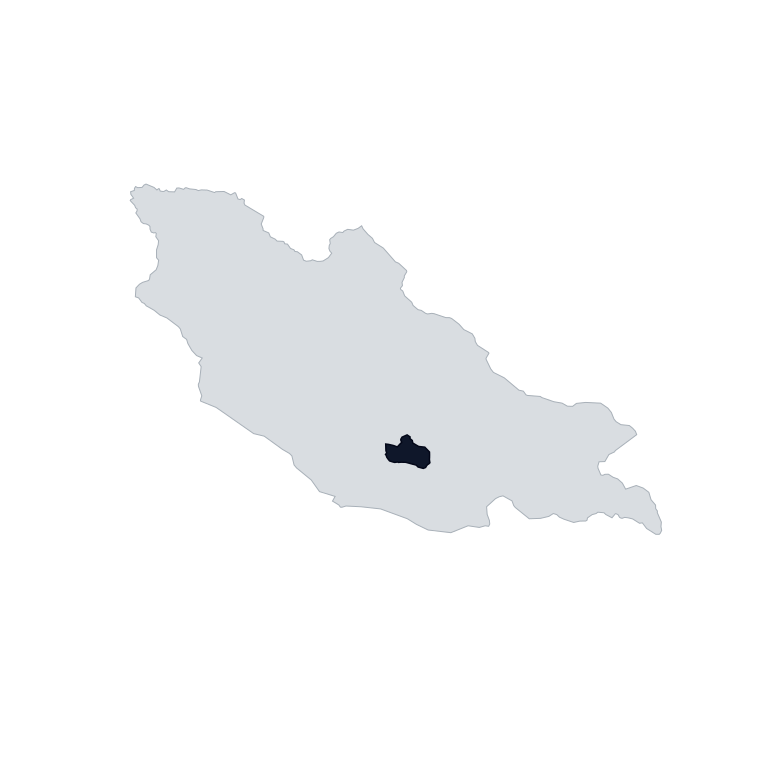 O'lziit, Dundgovi, Mongolia (highlighted), rotated 28°
{"feature_id": "93677404B68241634882173", "entity_name": "O'lziit", "entity_type": "district", "adm_level": 2, "iso_a3": "MNG", "parent_name": "Mongolia", "parent_adm1": "Dundgovi", "projection": "robinson", "projection_center": [106.642, 44.794], "detail": "fine", "context": "in_parent", "style": "filled", "palette": "ink", "viewbox_px": 768, "rotation_deg": 28, "n_neighbors": 0, "source": "geoboundaries", "source_scale": "gbopen_adm2", "svg_char_len": 4463}
<svg xmlns="http://www.w3.org/2000/svg" viewBox="0 0 768 768"><g transform="rotate(28 384 384)"><path d="M72.0,326.3L74.3,326.3L78.1,324.0L78.7,321.0L80.0,319.2L88.6,318.4L92.4,319.3L93.2,317.4L93.9,317.1L95.8,318.7L97.9,318.0L99.3,317.3L100.7,314.9L103.6,315.3L108.9,312.7L109.1,308.2L111.1,307.1L115.7,306.2L116.4,304.1L117.4,303.5L120.7,303.0L126.6,300.6L129.3,300.4L131.5,298.4L136.8,295.8L144.5,294.5L145.2,293.2L152.4,289.1L159.9,288.9L162.2,285.3L163.3,285.0L168.2,289.2L170.4,288.7L171.3,287.0L174.4,287.1L175.5,290.0L177.2,291.3L199.1,292.4L199.7,293.5L200.5,300.4L204.3,303.7L205.2,305.2L211.3,304.7L214.6,307.4L219.9,307.2L222.5,308.0L227.8,305.5L229.0,305.5L230.5,306.8L233.1,305.8L237.8,308.2L241.5,307.8L243.2,308.8L245.4,307.9L250.7,308.7L254.8,312.4L257.7,312.1L261.4,309.6L262.4,308.0L267.5,307.1L270.5,305.4L272.5,303.9L275.6,298.5L276.4,293.0L273.9,292.1L271.8,290.3L270.6,287.3L270.6,285.2L268.3,282.1L268.6,280.5L270.2,277.7L271.1,273.3L272.9,270.9L276.5,269.6L276.9,267.8L279.3,264.5L284.8,262.5L288.1,258.7L290.0,254.8L292.6,256.8L299.6,259.5L305.4,260.8L309.2,263.5L319.6,264.3L336.7,270.8L340.3,270.5L350.6,273.2L351.4,274.2L351.2,279.1L352.0,280.5L352.2,285.8L354.1,288.5L353.5,291.7L354.4,292.7L356.9,293.1L360.9,296.5L370.1,298.8L372.8,301.0L379.1,302.4L382.4,301.5L387.7,302.1L389.6,301.7L393.0,299.2L395.2,298.4L407.3,296.4L410.6,294.7L412.9,294.4L422.3,296.0L428.9,298.5L438.4,298.3L442.8,301.0L444.7,303.7L448.4,306.0L461.6,307.1L462.2,307.6L462.0,313.4L462.6,314.3L471.2,320.6L475.2,322.4L487.3,322.1L506.0,326.1L510.4,324.9L514.4,326.9L515.9,326.8L527.9,321.6L529.7,321.9L542.3,319.9L550.2,317.3L556.3,317.5L561.0,315.2L563.0,310.8L570.7,305.6L584.3,299.2L593.0,300.2L598.1,302.4L603.5,307.0L606.6,308.3L612.2,308.7L620.1,305.5L624.3,306.3L628.2,307.7L630.9,310.1L619.5,334.2L619.4,335.7L615.7,340.7L615.4,348.8L610.4,351.7L611.3,356.2L612.5,357.9L618.2,362.5L620.1,361.9L621.5,360.0L624.5,358.3L630.1,358.8L634.9,358.1L641.0,359.6L646.7,363.4L654.4,355.2L661.7,354.2L668.7,355.3L674.1,360.8L680.6,363.4L682.4,366.5L685.0,367.8L685.7,369.3L693.7,375.7L695.5,379.9L697.9,382.9L698.0,386.0L697.6,387.5L694.5,389.1L683.7,388.3L677.3,385.3L675.0,387.0L666.8,386.4L662.2,387.6L659.1,388.8L657.3,390.8L655.9,391.2L654.5,391.1L652.0,389.5L649.8,389.6L649.2,389.9L648.1,395.1L641.1,395.1L638.7,394.4L633.0,396.8L632.1,398.8L629.1,401.6L626.5,406.7L627.2,409.0L626.4,410.3L621.3,413.1L616.5,417.2L606.3,418.9L601.4,419.2L597.8,418.2L594.3,418.9L591.7,423.5L585.2,429.2L575.5,434.8L557.9,431.4L555.7,430.5L551.9,427.1L541.6,426.9L538.8,429.3L536.3,432.8L532.2,444.2L536.3,450.7L541.1,455.0L543.1,458.0L543.2,460.5L539.9,461.7L535.5,465.9L524.8,469.7L512.8,483.9L491.5,492.2L478.4,492.7L467.9,492.0L439.6,495.9L421.3,503.2L407.7,509.6L404.7,512.6L403.3,513.2L400.9,512.0L393.5,511.6L393.6,506.2L377.6,509.3L364.8,502.9L346.3,499.2L342.6,497.7L336.4,490.7L333.1,489.7L325.0,489.4L302.7,486.3L292.2,489.0L246.8,483.5L230.2,485.2L229.5,484.5L228.7,480.0L221.2,473.1L220.2,471.4L220.0,468.7L214.4,454.5L210.5,452.4L211.3,446.4L205.2,446.9L198.6,444.6L191.9,440.4L188.8,437.3L184.0,436.6L178.3,431.0L175.6,429.9L161.2,427.6L153.9,428.3L146.2,426.8L137.4,426.6L134.6,425.4L132.0,425.6L127.0,423.2L123.5,423.7L119.9,415.6L121.3,410.6L123.2,407.5L127.6,403.1L127.7,401.4L126.3,397.3L129.2,390.1L128.7,385.6L126.9,380.5L123.9,379.3L120.2,372.4L119.2,367.0L117.7,363.3L113.4,361.1L112.2,357.9L110.9,357.7L109.9,358.7L107.2,359.1L104.7,357.1L103.4,354.8L101.8,354.2L98.9,354.3L96.2,355.3L93.3,354.8L91.0,352.7L84.6,349.5L84.7,347.1L83.9,345.4L81.9,345.0L80.0,343.3L73.8,341.2L73.8,340.1L75.7,337.5L71.5,335.4L70.0,333.2L72.7,330.3L71.8,328.4L72.0,326.3Z" fill="#d9dde1" stroke="#a8b0b8" stroke-width="1"/><path d="M430.3,448.2L432.6,446.5L433.7,446.4L434.8,445.6L436.2,444.8L437.4,444.2L440.0,442.9L447.1,441.3L448.6,440.9L450.6,440.5L453.0,441.3L458.3,440.1L459.9,438.2L460.0,436.1L460.3,434.7L461.0,433.6L461.5,432.0L460.0,430.0L459.7,429.6L458.9,428.0L458.8,427.7L457.4,425.0L456.1,422.7L449.9,420.7L449.7,420.6L443.9,422.9L441.7,422.8L437.1,422.6L435.5,420.6L435.1,420.5L432.5,420.0L431.9,418.5L428.3,418.1L427.1,419.6L425.8,421.3L425.0,422.3L424.9,422.4L424.8,424.9L425.4,425.9L427.0,427.2L426.8,428.0L426.6,428.4L425.3,433.3L421.7,433.8L420.7,434.0L416.3,435.2L413.7,436.2L417.1,442.1L418.8,443.5L418.4,445.5L419.5,446.0L420.8,447.3L422.7,448.3L425.0,449.3L428.3,448.7L430.3,448.2Z" fill="#0f172a" stroke="#020617" stroke-width="1.5"/></g></svg>